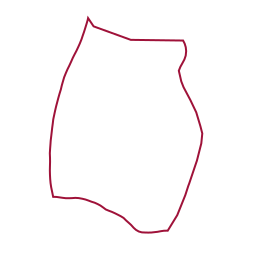 Ataq, Shabwah, Yemen (Equal Earth projection), rotated 12°
{"feature_id": "15242507B5283160302008", "entity_name": "Ataq", "entity_type": "district", "adm_level": 2, "iso_a3": "YEM", "parent_name": "Yemen", "parent_adm1": "Shabwah", "projection": "equal_earth", "projection_center": [46.809, 14.569], "detail": "fine", "context": "isolated", "style": "outline", "palette": "rose", "viewbox_px": 256, "rotation_deg": 12, "n_neighbors": 0, "source": "geoboundaries", "source_scale": "gbopen_adm2", "svg_char_len": 1428}
<svg xmlns="http://www.w3.org/2000/svg" viewBox="0 0 256 256"><g transform="rotate(12 128 128)"><path d="M188.2,220.2L194.3,203.0L198.0,181.8L199.0,172.2L199.4,169.6L202.0,147.2L202.2,145.6L202.9,127.8L201.8,117.9L198.4,111.1L191.5,98.5L183.2,87.7L173.9,76.6L170.4,71.3L165.8,61.4L166.5,57.3L167.7,53.4L168.9,49.3L169.4,45.2L168.9,40.7L167.7,37.0L165.9,33.7L163.7,31.0L112.4,41.2L75.8,36.1L73.2,35.7L66.1,28.8L66.1,30.8L65.8,34.8L65.4,39.2L65.0,43.3L64.5,47.2L64.1,50.8L64.0,51.4L63.3,55.4L62.4,59.5L61.5,63.3L60.4,67.2L59.4,71.0L58.6,74.9L57.6,79.3L56.6,83.2L55.8,87.1L55.0,91.7L54.7,95.7L54.4,100.0L54.3,104.3L53.9,108.7L53.6,113.2L53.4,117.4L53.2,121.6L53.1,126.2L53.1,130.6L53.1,135.1L53.5,139.5L53.8,143.5L54.2,147.6L54.6,151.9L55.0,156.3L55.6,160.6L56.2,165.0L56.8,169.0L57.9,173.3L58.8,177.3L59.6,181.6L60.4,185.8L61.4,190.0L62.5,194.1L63.7,198.0L65.2,202.0L66.8,205.6L68.5,209.5L69.1,210.9L72.3,210.3L75.3,210.1L78.4,209.9L81.7,209.6L84.7,209.0L87.9,208.2L91.0,207.3L94.4,206.8L97.9,206.7L101.3,206.8L104.5,207.2L107.7,207.7L110.9,208.0L114.1,208.7L117.2,209.6L120.2,210.9L123.2,212.3L126.4,212.9L129.7,213.4L132.9,214.1L136.0,214.9L139.3,215.8L142.4,216.9L145.3,218.8L148.3,220.5L151.2,222.2L154.2,224.4L157.0,226.0L160.1,227.0L163.2,227.2L166.3,226.7L169.5,226.1L172.5,225.4L175.5,224.4L178.5,223.4L181.6,222.1L184.6,221.0L187.6,220.3L188.2,220.2L188.2,220.2Z" fill="none" stroke="#9f1239" stroke-width="2"/></g></svg>